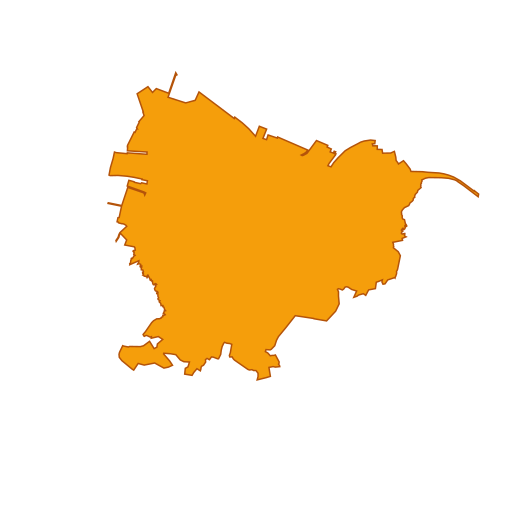 Sigulda, Siguldas, Latvia, rotated 205°
{"feature_id": "27541924B33898392287232", "entity_name": "Sigulda", "entity_type": "district", "adm_level": 2, "iso_a3": "LVA", "parent_name": "Latvia", "parent_adm1": "Siguldas", "projection": "mercator", "projection_center": [24.841, 57.161], "detail": "fine", "context": "isolated", "style": "filled", "palette": "amber", "viewbox_px": 512, "rotation_deg": 205, "n_neighbors": 0, "source": "geoboundaries", "source_scale": "gbopen_adm2", "svg_char_len": 6141}
<svg xmlns="http://www.w3.org/2000/svg" viewBox="0 0 512 512"><g transform="rotate(205 256 256)"><path d="M80.4,406.2L85.8,407.5L85.8,407.0L102.6,410.5L110.2,411.1L115.6,410.7L120.3,409.9L125.2,408.6L135.6,404.5L140.9,402.7L151.3,398.1L153.0,399.9L158.8,403.0L162.6,404.7L165.8,399.6L166.6,400.3L169.4,401.8L171.1,404.7L174.8,409.3L177.5,406.2L184.7,402.7L186.8,405.8L191.2,403.9L192.6,407.1L196.7,405.2L198.0,406.8L195.8,408.0L196.8,411.0L201.2,409.5L206.6,405.9L209.3,403.4L210.9,401.2L216.2,394.3L219.7,389.0L223.1,379.8L225.0,373.4L225.7,368.5L229.0,368.2L228.9,370.7L226.7,381.0L226.9,381.1L226.7,382.3L227.9,382.1L227.8,384.1L229.4,384.0L229.4,382.0L232.8,381.7L233.0,384.8L237.6,384.8L237.7,386.6L250.0,386.2L253.0,371.4L253.3,370.4L255.6,367.3L256.6,366.5L257.7,366.6L256.0,368.7L254.6,370.9L253.8,373.9L286.7,373.0L286.5,371.9L296.2,370.8L295.6,365.9L299.4,365.5L300.0,375.5L307.8,375.0L307.0,364.3L316.4,368.3L324.8,370.9L333.9,372.9L333.8,371.4L377.0,380.6L376.9,371.4L384.5,365.0L402.8,362.7L405.1,385.7L404.2,386.8L406.2,388.2L403.9,366.6L417.1,365.6L418.9,360.5L425.5,363.8L432.3,352.8L419.0,338.9L419.3,338.6L416.8,336.0L418.9,328.3L418.5,328.2L418.4,327.7L418.5,321.9L417.7,321.3L417.8,321.3L417.9,316.9L418.8,316.9L419.2,302.0L418.8,300.7L418.6,300.4L418.4,300.5L417.0,297.0L398.7,304.2L397.8,302.1L416.2,295.1L415.9,294.4L416.5,294.1L426.4,290.6L428.2,290.4L426.7,283.9L425.3,274.7L423.4,267.2L422.2,267.2L415.1,270.7L406.6,273.8L400.0,275.7L393.2,277.3L391.7,277.6L391.6,277.0L386.2,278.3L385.3,275.2L390.6,274.0L391.1,272.8L397.4,271.4L397.8,271.8L403.2,270.9L402.3,265.0L384.8,266.7L382.6,266.6L382.6,264.2L383.9,265.6L385.1,265.7L401.2,264.0L399.0,245.0L412.4,241.8L412.3,241.1L398.9,244.3L396.3,233.1L397.3,232.4L396.4,228.3L395.1,228.5L394.7,228.0L394.3,228.0L390.9,228.6L390.4,229.0L388.8,229.1L386.9,228.9L385.7,228.3L389.2,219.7L389.3,217.7L388.9,214.5L389.5,210.9L388.9,210.2L388.2,214.8L388.6,217.0L388.6,219.3L380.0,215.9L379.6,210.5L370.1,212.9L369.6,212.4L369.3,212.4L367.9,210.3L368.8,209.5L368.7,209.1L369.4,209.0L369.5,208.4L367.7,207.4L367.5,205.8L365.9,205.5L366.2,204.9L366.8,204.2L366.7,203.0L367.0,201.6L367.5,201.7L368.0,201.1L367.6,199.9L367.5,198.6L367.0,197.5L366.9,196.2L367.2,195.8L366.9,195.5L366.7,194.8L360.2,202.2L359.6,200.5L359.8,199.4L359.8,198.6L358.7,199.6L357.0,199.7L356.7,199.2L356.9,198.6L356.6,198.0L356.6,197.5L356.2,197.2L355.3,198.5L354.8,197.5L354.8,196.3L354.1,195.0L352.7,195.5L351.4,194.3L351.3,193.7L351.9,193.3L351.4,192.5L350.9,192.7L350.4,192.2L350.5,190.9L349.9,191.1L348.9,190.5L346.4,191.1L345.6,190.4L345.4,191.8L346.1,192.0L346.2,192.8L345.6,193.0L345.2,192.4L342.6,190.6L341.8,189.5L341.6,189.4L341.0,190.3L340.1,189.2L339.3,189.6L338.3,187.8L337.1,186.7L336.3,186.7L335.8,188.3L335.1,188.6L334.0,188.2L334.6,187.1L334.4,186.3L333.9,185.9L334.2,184.7L334.2,183.5L333.3,182.5L332.3,181.9L330.3,182.1L329.5,181.6L329.6,181.2L330.1,181.1L330.4,180.5L330.1,180.0L329.2,180.6L327.8,178.0L326.5,176.9L326.8,175.7L326.2,175.2L324.1,174.8L324.5,173.9L324.3,173.5L322.3,172.8L321.1,170.9L319.5,171.8L319.1,171.4L319.0,170.7L317.7,170.6L316.3,168.9L314.9,168.2L316.0,167.3L315.6,166.4L315.8,164.9L314.1,164.7L313.5,164.4L314.4,163.4L315.4,162.9L314.8,161.7L315.9,160.3L315.7,159.8L316.9,158.4L319.4,157.1L321.5,154.0L322.4,151.5L324.3,140.4L325.2,137.2L324.0,136.2L323.3,136.0L322.3,137.3L321.5,137.8L317.7,137.8L316.7,138.7L316.2,137.2L310.5,141.7L305.3,141.0L308.2,134.6L307.3,131.5L309.2,129.0L316.4,133.7L320.0,127.1L322.5,125.0L332.3,120.6L333.2,119.6L338.0,118.4L338.9,118.4L339.0,111.0L338.6,109.0L337.1,106.4L333.4,104.5L320.4,101.1L318.6,100.9L317.4,108.8L311.2,109.9L302.6,116.2L292.1,115.5L288.5,118.2L285.5,121.7L289.9,124.4L298.4,128.2L298.5,128.9L292.1,131.3L287.0,132.7L280.7,129.8L276.7,129.7L271.5,131.8L270.8,126.8L272.6,124.3L270.7,118.8L263.5,120.8L263.2,124.0L261.9,128.9L257.9,128.4L258.2,130.4L258.7,131.6L258.7,133.1L257.4,134.8L256.8,138.6L258.0,140.7L257.1,142.5L254.4,142.3L253.7,145.7L251.9,146.3L247.4,146.6L246.5,147.0L246.4,151.9L247.7,156.0L248.4,159.6L248.4,163.2L248.0,164.5L245.8,164.6L242.7,165.6L240.6,165.7L238.4,157.5L238.1,154.6L237.1,153.4L235.0,154.5L233.1,153.2L231.6,152.6L215.5,149.8L213.8,149.9L211.6,151.3L209.8,151.2L207.6,152.2L204.6,150.6L203.2,147.6L202.6,144.2L195.2,150.2L192.1,153.0L197.2,160.5L193.8,163.0L191.5,163.5L187.7,165.8L188.4,166.7L189.9,167.5L189.8,168.6L190.3,169.8L196.6,174.5L197.9,173.4L199.4,172.7L200.9,171.6L204.3,173.1L207.1,173.3L207.4,175.4L203.5,176.9L202.7,178.0L201.1,182.6L201.8,188.4L201.6,192.4L198.5,204.4L195.2,218.5L177.2,223.8L177.0,223.6L164.6,227.0L160.5,239.6L160.4,247.8L164.3,254.5L166.1,258.4L168.1,260.2L167.5,261.2L165.6,261.6L163.4,261.7L162.6,263.0L162.1,265.5L160.7,266.5L159.1,266.7L155.2,266.1L150.0,266.8L149.9,259.9L147.4,262.3L146.6,263.9L142.8,267.2L139.9,266.7L139.6,272.9L134.0,276.9L135.9,283.1L134.3,284.6L131.4,287.8L131.2,286.5L130.7,285.5L129.0,284.1L127.3,285.3L126.5,290.0L121.2,295.0L120.7,294.8L120.9,295.7L120.8,296.4L121.1,299.3L121.7,300.7L122.2,301.5L122.0,302.8L122.1,303.9L125.3,317.3L128.9,320.0L134.9,321.5L135.2,322.1L135.1,322.7L135.9,323.6L136.3,324.7L137.8,326.2L129.8,332.1L131.0,333.7L128.1,336.8L129.4,336.9L130.4,337.8L130.6,338.3L130.3,338.9L130.7,339.3L132.8,337.7L133.8,338.0L134.1,339.1L133.5,340.3L135.1,340.8L135.2,341.2L134.9,341.7L134.9,342.9L134.5,343.3L134.1,343.1L134.1,342.7L134.5,342.2L134.2,341.9L133.3,342.1L132.6,343.7L132.8,344.5L132.7,345.0L133.2,345.6L132.8,346.0L133.1,346.2L133.6,345.9L133.9,346.4L133.8,346.8L132.1,346.6L132.0,346.9L132.9,347.7L134.3,348.5L136.8,351.7L138.3,351.5L139.2,352.0L140.0,353.0L140.3,354.1L141.9,355.5L142.1,356.4L142.7,357.0L142.9,357.9L142.8,359.6L141.9,362.6L138.9,366.2L138.8,367.7L138.9,369.0L137.5,371.8L137.2,373.1L137.7,374.5L137.6,375.2L136.9,376.2L137.5,377.3L137.7,379.1L136.7,382.1L137.1,383.8L135.3,387.8L136.3,388.8L136.4,389.7L136.9,390.3L137.0,391.0L136.8,391.8L137.2,392.5L137.2,394.1L137.9,395.0L135.3,398.1L132.6,400.1L121.3,405.2L114.3,407.8L108.1,409.0L104.9,409.0L104.9,408.7L97.5,407.5L79.7,403.6L80.4,406.2Z" fill="#f59e0b" stroke="#b45309" stroke-width="1.5"/></g></svg>